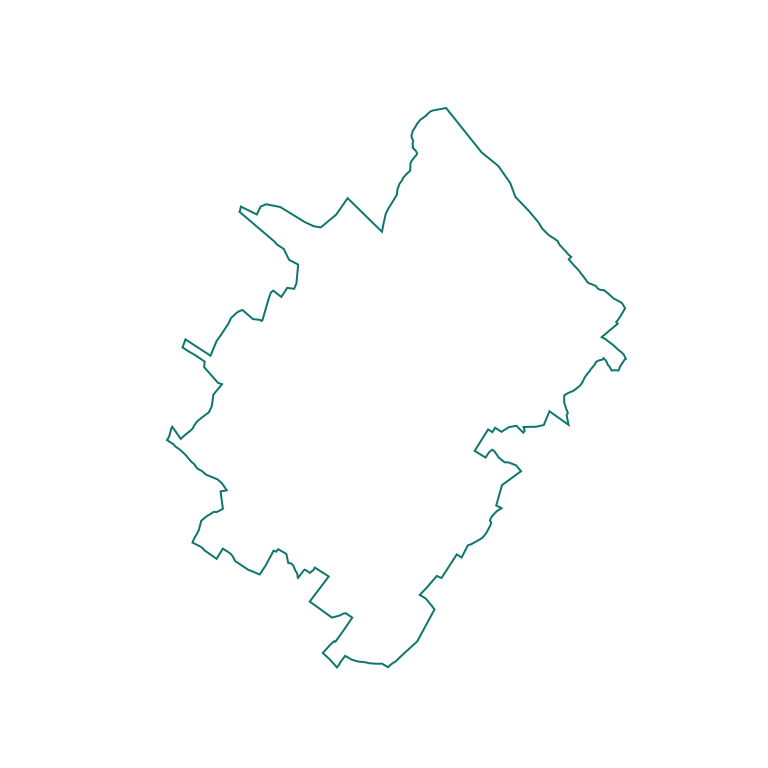 outline of Teabo, Yucatán, Mexico, rotated 296°
{"feature_id": "50627088B52982407932693", "entity_name": "Teabo", "entity_type": "district", "adm_level": 2, "iso_a3": "MEX", "parent_name": "Mexico", "parent_adm1": "Yucatán", "projection": "robinson", "projection_center": [-89.217, 20.381], "detail": "fine", "context": "isolated", "style": "outline", "palette": "teal", "viewbox_px": 768, "rotation_deg": 296, "n_neighbors": 0, "source": "geoboundaries", "source_scale": "gbopen_adm2", "svg_char_len": 5722}
<svg xmlns="http://www.w3.org/2000/svg" viewBox="0 0 768 768"><g transform="rotate(296 384 384)"><path d="M328.5,186.9L327.7,193.6L327.6,195.3L327.1,202.2L325.5,213.0L320.3,214.9L316.9,223.2L312.3,234.1L312.8,238.5L299.6,235.3L293.7,237.3L288.2,239.0L284.1,239.0L281.8,239.0L274.1,235.0L268.6,232.5L263.4,231.5L260.5,231.6L258.4,231.0L255.5,229.7L251.4,227.7L248.5,226.5L245.6,225.4L248.5,220.1L250.3,216.9L251.7,214.2L252.7,212.4L250.6,212.3L247.7,212.9L245.7,213.3L243.3,213.8L239.9,213.8L238.5,213.5L237.6,220.0L237.8,220.6L237.3,222.1L236.5,223.1L235.4,229.8L234.2,233.8L232.9,237.7L231.8,239.8L231.7,240.4L229.9,244.3L229.4,245.8L229.1,247.7L228.7,248.5L228.5,249.3L228.1,249.8L227.6,250.4L226.1,253.6L226.1,255.1L226.0,258.2L224.5,264.0L225.3,276.1L223.7,281.9L219.5,289.3L215.8,284.2L201.2,293.9L195.8,290.0L194.3,286.9L192.7,285.9L192.0,285.5L190.9,284.9L187.9,282.9L181.0,279.7L171.4,281.6L170.9,281.6L166.9,281.6L163.6,281.2L161.4,281.1L157.5,281.4L157.4,290.5L156.9,293.1L156.5,294.1L156.3,294.3L155.9,295.0L153.5,310.2L162.2,311.0L165.4,311.2L164.9,315.2L164.8,316.6L164.4,319.6L163.5,322.3L161.8,325.0L159.6,327.9L157.5,343.4L157.7,345.8L158.0,349.3L158.1,353.1L158.3,355.8L168.9,357.2L185.8,357.8L186.0,360.6L187.4,360.9L189.1,361.3L188.5,370.7L181.2,376.4L182.0,379.2L181.2,381.9L177.9,385.6L176.8,386.9L176.4,388.1L175.5,389.1L174.1,390.2L172.7,391.0L172.0,391.7L173.0,392.0L180.7,393.4L182.4,394.1L182.2,397.3L181.7,400.2L186.0,402.1L188.7,402.3L186.8,418.7L155.9,412.6L151.7,436.9L151.3,439.7L151.7,440.2L156.7,445.9L159.6,447.9L161.2,450.1L160.1,457.9L143.9,455.5L142.7,455.3L131.0,453.3L131.0,452.0L126.5,450.1L115.4,446.9L112.9,455.4L108.7,466.0L112.6,466.8L113.8,466.6L122.5,468.2L122.5,470.5L122.1,475.8L123.1,482.0L125.7,489.4L126.7,493.6L129.4,500.2L131.8,504.9L131.2,511.8L132.5,512.2L134.5,513.1L136.0,513.7L137.3,514.4L137.9,514.8L138.4,515.2L139.2,515.8L139.8,516.1L140.6,516.4L141.7,516.8L144.0,517.7L145.1,518.0L146.5,518.5L147.5,518.9L150.1,519.9L167.2,526.7L203.4,528.2L205.7,524.0L206.3,522.6L209.5,515.5L210.1,508.6L214.8,510.1L220.5,511.9L225.6,513.2L234.6,515.6L234.8,520.7L262.7,524.1L262.1,529.8L275.8,530.1L278.3,532.7L286.7,538.5L288.9,539.8L291.5,540.5L294.5,541.2L302.0,541.5L304.9,541.5L306.6,541.0L307.7,539.1L309.0,538.9L312.2,539.0L318.9,541.0L323.9,544.0L324.0,538.1L344.9,534.4L365.7,545.4L368.8,538.2L368.1,530.3L366.5,526.7L368.1,519.6L372.0,512.6L372.4,510.0L368.5,508.3L362.4,507.5L363.5,496.0L363.6,494.8L388.8,497.5L388.3,502.5L393.4,503.1L392.5,510.5L399.9,515.1L404.5,521.3L401.3,530.5L403.5,531.0L406.6,528.3L412.2,539.4L417.2,545.6L432.0,544.7L428.2,567.8L436.0,561.8L438.7,561.9L441.5,558.7L446.6,553.9L448.7,552.9L452.8,551.0L454.5,552.1L456.2,553.1L457.1,553.9L459.0,555.5L460.5,557.0L462.0,557.6L463.7,558.8L464.7,559.2L465.6,559.5L466.8,560.2L469.5,561.2L471.0,561.3L471.9,561.6L472.9,561.5L474.7,561.6L476.2,561.5L477.1,561.5L478.8,561.7L479.8,561.8L480.8,562.0L482.9,562.5L484.3,562.8L485.7,563.2L487.0,563.3L487.6,563.3L493.3,564.8L494.1,564.9L495.7,564.8L496.9,565.0L499.7,567.1L501.3,569.2L502.4,569.7L503.5,570.0L502.7,572.0L502.4,573.2L501.0,575.0L499.4,576.7L498.5,579.0L496.9,581.3L495.9,582.8L496.3,583.4L496.8,584.0L497.2,584.8L498.2,586.8L499.0,588.9L500.7,588.8L501.4,588.6L503.4,588.4L505.1,588.8L507.5,589.0L508.9,589.3L511.3,589.5L512.0,590.0L512.6,590.4L513.8,588.8L515.2,587.1L515.7,586.2L516.2,584.8L516.8,582.9L517.0,581.6L517.4,580.0L517.8,578.3L518.8,575.2L519.5,572.9L519.8,571.6L520.0,570.3L520.7,566.4L521.1,564.7L521.3,564.0L521.5,563.3L521.4,562.3L521.5,560.6L521.6,559.1L540.7,567.6L541.4,565.5L544.4,566.2L549.4,566.9L557.7,567.5L560.7,563.1L561.3,561.2L561.3,558.7L561.5,555.9L561.5,552.9L562.9,548.1L563.5,546.2L564.8,540.4L563.6,538.0L563.4,536.5L563.4,535.4L563.6,534.2L564.1,533.0L564.9,531.5L564.9,530.5L564.7,526.3L564.3,523.4L565.5,520.9L566.2,519.7L567.0,518.2L569.8,512.4L571.8,508.5L573.1,504.9L573.5,503.8L577.0,495.4L580.3,496.5L581.1,493.2L582.1,490.8L583.1,488.9L583.3,487.6L584.3,485.5L584.5,484.8L584.8,484.1L585.4,482.7L585.5,481.9L586.1,480.9L586.8,479.7L587.9,478.3L588.5,477.5L588.9,476.1L589.0,474.7L589.3,473.3L589.4,472.4L589.5,470.8L589.8,469.1L589.9,468.0L590.1,466.5L590.7,464.8L593.0,458.1L597.0,451.9L603.2,438.0L609.7,420.2L620.0,409.3L630.0,391.3L635.0,370.1L659.3,318.8L650.9,307.6L649.1,306.1L646.8,305.3L646.0,304.7L644.0,304.4L643.1,303.8L642.2,303.4L640.4,302.5L639.0,301.8L637.9,301.0L637.2,300.8L635.7,300.5L633.6,300.0L632.1,299.6L631.0,299.6L630.1,299.6L627.2,299.3L626.3,299.2L624.6,298.8L622.3,299.3L621.4,299.4L620.2,299.6L619.4,299.7L618.4,300.4L617.1,301.3L616.8,302.1L615.8,303.2L615.1,303.6L614.4,304.1L613.3,304.1L612.5,304.3L610.6,305.8L609.0,306.1L608.3,307.9L608.0,309.3L607.5,310.4L606.5,311.7L605.7,312.7L604.6,312.8L603.7,312.6L601.1,312.0L597.1,311.1L594.6,311.0L593.6,311.1L589.8,313.0L587.3,314.0L584.2,312.9L581.7,311.9L577.5,310.8L575.3,311.0L574.2,310.8L573.0,310.6L571.1,310.2L569.8,310.2L568.2,310.5L566.8,310.5L565.6,310.5L564.7,311.0L563.0,311.4L561.3,312.0L559.9,312.5L558.7,312.5L543.3,311.0L537.6,311.0L530.0,312.8L527.8,313.3L520.0,315.4L525.3,299.1L528.1,290.8L535.1,269.8L515.3,266.8L497.0,258.5L495.0,251.7L494.8,242.0L496.1,228.7L497.6,213.3L496.3,208.3L494.5,201.5L493.9,199.3L489.4,195.3L480.6,195.4L480.7,177.6L476.7,178.5L475.4,178.6L471.4,194.5L470.0,199.6L468.4,206.0L464.0,223.1L462.5,226.4L462.3,228.0L461.4,234.8L454.0,244.2L453.7,254.5L436.0,261.2L430.1,261.5L428.0,254.9L417.2,253.5L419.4,243.5L416.5,242.2L409.2,243.1L388.0,246.8L386.9,246.2L387.3,244.6L384.9,237.7L388.5,224.3L385.7,221.8L383.7,220.5L376.2,217.6L370.2,217.7L356.2,215.9L349.1,214.7L333.4,215.7L337.0,186.0L328.5,186.9Z" fill="none" stroke="#0f766e" stroke-width="2"/></g></svg>